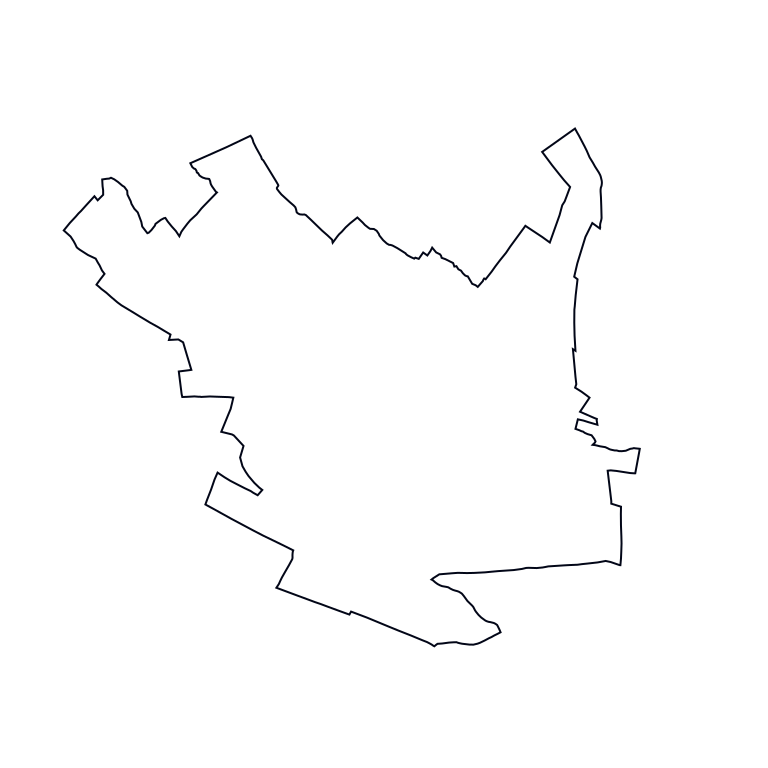 Costesti, Iasi, Romania (orthographic projection), rotated 344°
{"feature_id": "2599482B63280178112896", "entity_name": "Costesti", "entity_type": "district", "adm_level": 2, "iso_a3": "ROU", "parent_name": "Romania", "parent_adm1": "Iasi", "projection": "orthographic", "projection_center": [26.927, 47.235], "detail": "fine", "context": "isolated", "style": "outline", "palette": "ink", "viewbox_px": 768, "rotation_deg": 344, "n_neighbors": 0, "source": "geoboundaries", "source_scale": "gbopen_adm2", "svg_char_len": 5938}
<svg xmlns="http://www.w3.org/2000/svg" viewBox="0 0 768 768"><g transform="rotate(344 384 384)"><path d="M645.8,256.8L646.6,255.0L647.7,253.5L648.3,252.2L648.9,250.7L649.3,248.8L649.5,244.4L649.4,242.8L648.8,239.9L646.8,233.2L645.8,228.9L644.1,222.8L643.2,215.8L642.4,211.4L639.8,198.8L639.0,195.6L638.0,191.1L600.0,204.5L605.9,220.1L610.5,231.2L613.4,238.0L617.2,245.9L611.0,254.3L608.0,258.3L604.6,261.3L599.3,270.1L582.4,293.7L576.7,286.4L574.9,284.3L565.5,273.3L563.5,270.9L561.4,272.6L552.5,279.5L543.2,286.7L537.5,291.5L529.5,297.1L523.6,301.5L518.5,305.6L510.6,311.3L510.1,310.7L509.4,310.2L508.3,311.1L507.4,312.3L500.9,316.5L499.3,314.3L496.4,312.0L494.2,303.6L493.0,303.0L491.8,301.9L490.3,299.2L489.3,296.3L487.1,294.2L486.1,290.7L484.0,290.5L483.8,286.8L477.4,280.9L474.2,278.6L474.2,276.5L473.6,274.8L470.4,271.9L467.9,266.2L465.4,268.9L461.1,272.4L457.9,268.4L451.9,273.3L448.9,271.2L447.6,271.8L445.1,269.7L442.1,266.8L441.0,265.2L440.8,264.4L434.3,257.1L430.3,253.2L428.6,252.1L427.2,251.6L425.4,249.7L422.8,245.5L420.5,240.0L420.4,238.3L419.8,236.5L419.2,234.7L417.0,232.2L413.4,231.0L412.3,229.8L409.5,225.9L408.0,222.9L404.3,216.6L395.7,220.2L390.3,222.9L385.4,226.0L382.1,227.7L379.8,229.3L373.6,234.1L373.6,233.5L373.8,232.3L373.9,231.2L373.6,230.5L370.7,225.6L366.7,219.4L362.9,212.8L359.0,206.0L356.3,201.5L355.5,200.1L354.2,199.1L352.4,198.7L350.0,197.8L349.0,197.0L347.9,195.8L347.4,194.7L347.6,192.1L347.5,189.7L346.4,187.5L343.5,183.1L337.6,173.5L336.3,170.6L334.9,167.0L335.0,166.1L335.3,165.7L336.9,164.4L337.2,163.9L337.0,162.8L336.2,159.6L329.6,135.7L328.6,134.2L328.5,131.6L326.2,121.8L325.1,115.8L325.1,112.6L324.9,111.2L324.1,108.6L297.5,113.0L258.7,118.4L259.5,122.6L260.8,124.6L261.7,125.2L262.1,125.9L262.5,127.6L262.4,129.0L263.0,129.8L263.4,130.0L264.1,132.7L265.3,134.2L266.5,135.5L269.3,137.4L271.6,138.3L272.5,138.8L272.8,141.1L272.6,143.3L272.7,144.6L273.2,146.7L274.2,149.5L275.4,152.9L276.2,153.8L259.5,163.4L256.8,165.0L250.7,169.3L242.9,173.2L239.2,175.7L233.7,179.8L231.2,181.8L228.0,185.6L226.1,179.6L223.4,174.1L220.9,168.2L219.6,164.1L218.1,164.0L214.8,164.7L208.5,167.1L207.4,168.6L202.9,171.9L199.6,173.7L198.1,173.8L195.0,166.0L195.4,161.3L194.6,151.2L192.3,146.7L190.9,141.2L190.9,138.6L189.6,131.2L190.4,127.5L188.7,122.9L187.2,121.3L184.0,116.5L181.1,112.9L178.4,110.5L176.5,110.8L174.0,110.3L169.5,109.7L168.0,116.3L167.4,120.4L166.2,124.7L159.4,128.5L157.4,123.7L146.8,130.2L140.4,134.2L137.4,135.8L133.9,138.1L126.4,142.6L118.5,148.1L123.4,155.9L125.0,161.1L125.8,164.7L126.2,167.4L126.7,168.6L128.5,171.0L135.0,178.4L141.4,184.0L142.4,188.4L143.3,191.6L144.2,197.1L145.7,201.1L140.4,205.0L135.9,208.5L135.0,209.3L136.6,211.6L138.5,214.7L142.3,219.8L145.7,225.2L150.3,232.1L153.3,236.0L158.6,241.7L163.7,247.2L167.8,251.7L176.1,260.6L182.5,267.0L187.5,272.4L192.4,277.6L191.3,279.4L189.4,282.4L198.6,284.5L202.4,288.6L202.4,289.1L202.5,301.6L202.7,317.3L200.4,317.0L190.2,315.4L186.7,337.8L186.5,340.9L191.4,342.1L198.4,343.7L202.4,345.2L203.7,345.5L204.5,346.0L213.2,348.0L222.1,350.9L231.4,353.9L235.4,355.6L232.9,360.1L229.7,365.7L225.4,371.1L214.4,385.1L224.0,390.6L225.5,392.1L231.9,404.8L225.4,415.0L225.3,424.1L226.8,430.2L228.4,435.1L232.1,443.3L235.6,449.3L237.8,452.3L231.9,456.1L228.4,452.6L226.3,450.1L221.4,445.8L215.3,440.1L209.6,434.7L205.0,429.7L199.6,423.3L194.7,429.2L188.7,437.8L181.9,446.7L179.1,450.6L185.3,456.7L200.5,471.9L218.1,488.9L225.9,496.3L242.2,510.9L250.9,518.9L250.2,519.9L249.6,521.2L248.9,523.1L248.2,525.7L247.9,526.4L247.5,527.1L242.8,531.9L237.2,537.3L232.5,541.9L229.8,544.9L227.8,547.3L224.4,550.2L236.3,559.0L242.4,563.5L250.6,569.5L257.5,574.6L262.4,578.0L268.6,582.6L277.9,589.4L285.5,594.9L287.2,596.1L289.6,593.7L303.3,603.9L313.6,612.1L321.9,618.7L329.9,625.0L340.6,633.2L350.4,641.0L354.2,643.9L356.1,645.7L358.0,647.6L359.2,649.1L360.1,650.0L361.9,649.2L363.8,648.5L368.5,649.5L375.3,650.5L380.3,651.6L382.5,652.2L383.7,653.1L385.4,654.1L387.5,655.2L394.2,658.0L398.1,659.2L402.4,659.4L405.0,659.2L410.2,658.3L414.8,657.3L417.5,656.9L420.8,656.1L424.2,655.5L427.6,654.8L427.3,652.1L426.6,648.1L426.3,646.8L425.0,645.2L423.7,644.0L420.6,642.2L418.9,641.4L417.3,640.3L416.2,639.3L413.1,635.3L411.2,632.0L409.6,628.2L409.1,626.6L408.4,623.0L407.7,621.4L404.4,615.6L402.3,609.8L401.1,607.0L400.1,605.8L398.7,604.3L397.0,603.1L395.6,602.3L393.5,600.9L391.4,599.0L389.8,597.2L388.2,596.3L384.1,594.3L382.4,593.0L380.4,591.1L378.6,588.8L376.8,586.0L375.8,585.1L377.9,584.2L384.7,582.2L391.7,583.6L397.3,584.7L403.0,585.9L411.6,588.6L418.4,590.4L429.2,592.9L435.7,594.1L442.0,595.3L451.4,597.3L457.4,598.6L465.7,599.8L470.0,600.0L472.5,600.6L480.0,603.0L485.9,604.1L489.0,604.4L491.6,604.6L500.3,606.5L506.3,607.8L511.2,608.9L520.3,611.1L524.6,611.7L529.6,612.6L540.2,614.4L548.3,615.2L552.8,617.6L560.5,623.0L561.3,623.3L563.7,617.1L566.0,610.2L568.4,602.7L570.2,595.8L572.8,585.3L575.9,574.1L578.0,567.3L569.5,561.7L570.2,559.3L571.6,550.7L573.9,536.4L575.1,529.0L578.1,529.5L583.4,531.6L596.2,537.5L600.4,539.0L600.9,539.1L610.0,520.9L612.0,516.8L611.8,516.7L607.8,515.1L606.5,514.5L605.1,514.5L602.9,514.2L598.0,514.8L594.0,514.1L591.4,513.3L589.8,512.3L589.2,512.0L587.5,511.5L585.0,510.2L583.4,509.3L582.3,508.4L581.6,507.7L579.3,505.7L574.4,503.4L572.5,502.3L570.2,501.0L567.8,500.0L568.3,499.7L569.5,499.1L570.7,498.4L571.5,497.5L571.0,494.7L569.4,490.5L565.9,488.3L563.5,486.3L562.2,484.6L560.8,483.8L559.2,482.4L555.7,479.9L560.6,471.4L565.6,474.1L569.8,476.9L577.9,482.0L578.4,477.6L579.0,476.3L576.6,474.5L564.8,464.7L577.8,453.8L575.6,450.8L571.7,445.8L566.7,440.2L568.8,437.2L570.0,430.1L575.2,402.6L577.2,404.8L580.5,390.1L583.8,377.5L587.5,365.0L588.7,362.1L592.7,351.6L598.9,336.7L596.4,333.3L603.1,321.3L608.1,313.6L618.2,298.1L628.6,286.7L634.4,294.1L634.9,293.3L635.3,291.5L636.0,289.6L638.1,286.1L638.9,284.4L641.8,273.2L644.0,264.4L645.2,258.9L645.8,256.8Z" fill="none" stroke="#020617" stroke-width="2"/></g></svg>